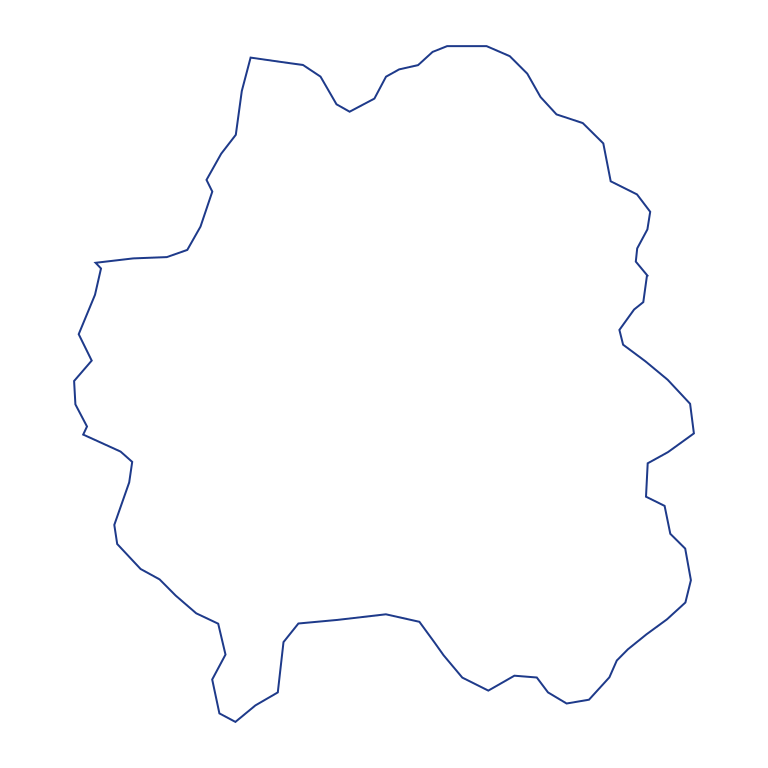 Kinda, Östergötland, Sweden
{"feature_id": "70781695B68012298271842", "entity_name": "Kinda", "entity_type": "district", "adm_level": 2, "iso_a3": "SWE", "parent_name": "Sweden", "parent_adm1": "Östergötland", "projection": "orthographic", "projection_center": [15.763, 58.024], "detail": "fine", "context": "isolated", "style": "outline", "palette": "blue", "viewbox_px": 768, "rotation_deg": 0, "n_neighbors": 0, "source": "geoboundaries", "source_scale": "gbopen_adm2", "svg_char_len": 1303}
<svg xmlns="http://www.w3.org/2000/svg" viewBox="0 0 768 768"><path d="M686.8,596.8L690.9,580.2L685.2,548.6L670.3,533.8L664.6,505.9L646.0,496.7L647.7,463.3L668.0,452.1L693.9,433.4L690.1,403.8L667.7,379.8L645.4,361.3L623.1,344.7L619.4,329.9L634.1,309.5L643.3,302.1L646.9,276.1L647.5,275.7L635.8,261.6L637.2,248.4L647.4,229.4L650.2,211.8L637.0,194.4L610.7,181.3L603.3,143.4L582.8,123.1L556.5,114.4L540.5,97.0L527.3,73.7L509.8,56.2L486.5,46.1L478.9,46.1L447.2,46.1L432.6,51.9L418.1,65.1L399.1,69.4L386.0,76.7L374.4,98.6L349.6,111.7L336.5,104.3L320.5,76.6L303.0,65.0L281.2,62.0L250.6,57.6L241.8,91.0L235.8,134.8L221.2,153.7L206.5,179.9L212.3,191.6L200.5,226.6L187.3,249.9L166.8,257.1L133.2,258.4L95.6,262.8L101.0,268.5L95.0,294.8L78.7,334.2L91.7,360.6L74.1,381.0L75.4,404.4L87.0,426.5L83.2,434.6L120.6,451.6L132.2,461.9L129.2,482.4L114.3,524.9L117.2,544.0L140.6,569.0L159.6,579.4L175.7,595.6L196.2,613.3L218.2,623.7L225.5,654.6L212.2,679.5L219.4,713.4L235.4,721.9L255.4,705.4L277.8,692.4L279.7,675.6L283.5,642.1L298.4,623.5L337.5,619.9L385.9,614.3L419.4,621.8L434.3,642.2L443.6,655.3L462.3,677.6L488.3,690.6L514.4,675.7L536.8,677.5L548.0,692.4L566.6,703.5L589.0,699.7L609.4,677.3L616.8,660.5L627.9,649.3L646.5,634.3L666.9,619.4L685.4,602.5L686.8,596.8Z" fill="none" stroke="#1e3a8a" stroke-width="2"/></svg>